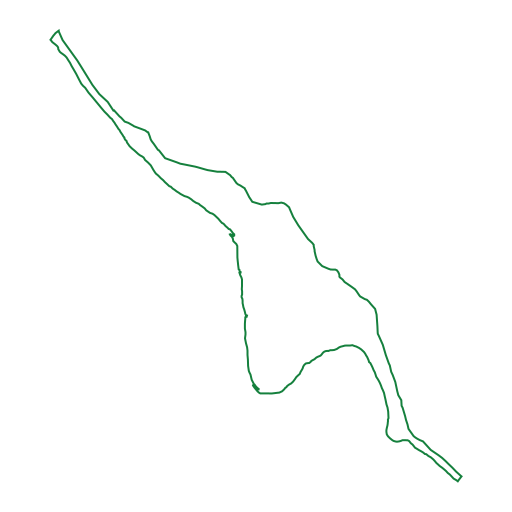 outline of Dar al-Salam, Suhaj, Egypt
{"feature_id": "37247803B4319107870519", "entity_name": "Dar al-Salam", "entity_type": "district", "adm_level": 2, "iso_a3": "EGY", "parent_name": "Egypt", "parent_adm1": "Suhaj", "projection": "equal_earth", "projection_center": [32.033, 26.274], "detail": "fine", "context": "isolated", "style": "outline", "palette": "green", "viewbox_px": 512, "rotation_deg": 0, "n_neighbors": 0, "source": "geoboundaries", "source_scale": "gbopen_adm2", "svg_char_len": 5694}
<svg xmlns="http://www.w3.org/2000/svg" viewBox="0 0 512 512"><path d="M50.5,39.8L50.8,40.1L52.3,42.1L53.7,43.2L55.5,44.6L57.2,46.1L58.1,47.4L58.3,49.2L59.8,51.8L61.2,53.0L62.8,54.1L64.9,55.7L66.6,57.5L68.4,60.4L70.0,62.8L71.6,66.0L73.5,69.2L76.2,73.9L79.0,79.4L81.2,83.6L83.0,85.8L85.2,87.8L88.5,92.6L92.8,97.6L95.6,101.0L101.2,107.8L104.5,111.7L107.6,114.8L110.2,117.7L112.0,119.1L113.2,121.0L114.5,122.7L115.5,124.4L116.9,126.4L118.5,129.0L119.5,130.0L120.4,131.8L122.6,135.0L123.5,136.6L124.4,137.5L124.4,138.3L124.9,139.2L125.5,140.1L125.9,140.4L126.4,140.7L126.7,141.5L127.0,142.5L128.5,144.6L129.6,146.2L132.1,148.6L134.3,150.4L136.4,152.3L138.0,153.8L139.8,155.2L142.2,156.5L143.7,157.6L145.1,160.0L148.1,162.6L150.8,165.4L153.5,170.1L155.2,172.7L156.2,173.9L157.5,174.9L158.9,176.2L160.8,178.2L163.2,180.2L164.9,182.1L167.0,184.0L169.3,186.2L170.8,186.7L172.7,188.6L174.7,189.9L176.6,191.4L178.9,192.8L180.4,193.9L184.5,196.1L186.9,196.8L188.7,197.6L191.4,199.4L193.1,200.9L195.9,202.7L198.7,203.8L199.4,204.4L200.2,205.2L201.2,205.8L203.1,207.2L204.7,208.4L206.2,210.3L208.4,211.8L210.0,212.9L212.5,213.7L214.4,215.0L216.3,216.8L218.3,218.7L220.2,221.0L221.9,222.9L223.1,223.5L223.9,224.1L225.5,226.0L227.7,227.9L228.6,228.9L230.1,229.4L230.8,230.3L231.9,231.7L232.9,233.1L234.2,234.3L234.2,235.6L233.4,236.1L233.0,235.1L231.5,234.8L230.4,234.2L229.9,234.4L230.5,235.5L231.9,236.8L232.8,238.5L233.3,241.1L234.5,242.3L236.3,244.0L237.3,246.0L237.4,257.5L237.7,260.9L237.9,262.7L238.1,264.7L238.4,267.1L238.7,269.4L239.4,269.8L239.7,271.6L240.6,272.0L240.6,272.6L239.5,272.9L240.3,275.3L241.4,277.4L242.0,279.5L242.0,286.1L241.8,289.2L242.1,291.3L242.1,294.6L241.6,295.9L241.6,297.2L242.4,298.9L242.6,300.8L242.6,303.2L243.0,305.0L243.4,307.2L244.2,309.4L245.0,312.3L245.3,313.8L245.9,315.2L246.2,315.2L247.0,315.5L246.6,316.8L245.7,316.7L245.3,317.3L245.3,318.4L245.0,322.1L244.9,323.7L244.9,328.6L245.5,332.1L245.5,334.5L245.0,338.3L246.0,343.3L247.1,347.3L247.5,350.7L247.5,355.0L247.9,359.6L248.1,365.9L248.8,370.8L249.4,372.4L250.5,374.6L251.7,379.8L253.2,382.7L253.9,384.1L254.7,384.7L255.0,385.4L256.5,387.1L257.3,387.9L258.7,389.0L258.6,389.4L257.8,389.3L257.4,388.9L256.6,388.8L255.7,387.8L255.0,387.1L254.7,386.1L253.9,385.2L253.2,385.1L253.0,385.5L253.7,386.5L254.6,387.8L257.6,391.4L258.4,392.1L259.2,392.8L260.3,393.4L262.5,393.4L265.8,393.4L267.9,393.4L271.6,393.5L274.9,393.1L277.4,392.8L279.3,392.6L282.1,391.3L284.2,389.3L285.4,387.7L286.3,387.3L287.0,386.2L288.1,385.3L289.2,384.5L291.1,383.5L293.1,381.6L294.9,379.2L296.3,377.1L298.4,375.1L299.7,374.0L300.7,371.7L301.7,370.1L302.6,368.5L303.2,366.6L304.1,365.1L305.1,364.1L306.0,363.4L307.9,363.1L309.2,363.0L310.5,362.0L311.4,360.9L312.8,360.1L314.5,359.2L315.6,358.2L316.4,357.5L318.2,356.6L319.8,356.0L320.8,355.4L321.7,354.4L322.5,353.3L323.3,352.4L324.4,351.6L325.7,351.1L327.2,350.9L328.3,351.0L330.3,350.2L331.9,350.2L334.1,350.0L336.8,349.0L339.1,347.4L340.7,346.7L343.1,346.1L344.9,345.6L347.1,345.5L350.3,345.5L352.4,345.2L354.4,346.0L356.2,346.5L359.0,347.9L361.2,349.4L362.5,350.6L364.0,352.0L365.2,353.7L366.1,355.4L367.2,357.1L368.6,360.3L369.1,362.1L370.3,363.0L371.4,365.1L372.5,367.4L373.6,370.1L374.8,372.3L375.6,374.7L376.2,376.7L377.9,379.3L379.0,381.2L380.0,383.2L381.0,385.6L381.9,388.2L382.8,390.0L384.0,392.9L384.8,396.6L385.5,399.6L386.5,404.5L387.5,407.5L388.2,411.7L388.5,418.1L387.9,419.7L388.0,421.1L387.8,422.4L387.7,423.8L387.4,425.7L386.9,427.6L386.4,430.1L386.4,431.9L386.8,434.4L388.0,436.3L390.0,438.3L392.1,440.0L393.5,440.9L395.2,441.4L396.1,441.6L397.0,441.7L399.1,441.4L400.9,440.9L402.5,440.2L405.0,440.2L407.7,440.3L409.2,441.1L410.9,443.3L412.5,444.5L414.1,446.5L415.0,447.7L416.6,448.6L418.8,450.0L421.2,451.3L423.3,452.6L424.9,454.0L426.3,454.2L428.4,456.0L430.8,457.3L433.4,459.5L435.1,461.4L436.3,462.9L438.1,464.5L439.7,466.0L442.1,467.7L443.7,469.0L446.0,471.0L447.8,473.0L449.8,474.5L451.5,476.3L453.6,478.6L456.4,480.2L457.8,481.3L458.7,480.0L459.4,479.1L461.5,476.4L461.1,476.1L456.1,471.6L452.4,467.7L448.3,463.8L445.7,461.2L442.1,457.9L438.5,455.2L430.7,449.9L423.0,441.4L419.8,440.1L417.2,438.7L415.2,437.4L413.6,436.1L408.5,428.9L407.5,424.4L406.0,419.9L405.1,416.1L402.6,407.7L401.6,405.8L401.3,400.2L398.3,395.2L397.3,391.4L395.3,382.0L392.7,375.0L391.2,371.8L389.8,365.4L388.8,363.4L385.8,355.0L382.8,344.8L378.8,335.8L377.8,333.8L377.7,332.6L377.4,326.2L376.6,314.7L375.1,308.9L371.0,304.3L368.9,301.7L366.9,299.8L366.3,299.6L364.8,299.1L360.1,296.4L359.1,295.1L356.5,291.2L355.0,289.3L351.3,286.6L344.6,282.0L342.5,279.4L339.9,277.4L339.4,276.7L339.4,274.8L338.4,272.3L337.4,271.0L336.9,270.3L335.3,269.6L332.7,269.6L331.2,269.5L330.6,269.5L328.5,268.8L323.8,266.8L322.2,266.1L317.6,261.5L316.6,258.9L315.6,255.7L314.6,251.2L314.6,250.0L313.7,246.1L313.7,244.8L312.2,242.9L308.0,239.0L298.3,225.3L293.2,216.9L289.6,208.6L289.1,207.3L286.0,204.6L284.0,203.3L281.3,202.6L278.2,203.2L276.5,203.1L276.0,203.1L270.8,203.0L268.7,203.5L266.5,203.5L265.5,204.1L261.8,204.6L252.3,201.8L249.8,198.0L249.3,197.3L245.7,190.2L245.2,189.6L244.7,188.3L242.6,187.0L240.5,185.6L237.9,184.3L236.4,183.0L232.8,177.8L231.7,177.1L230.2,175.2L225.5,171.9L222.9,171.8L217.1,171.7L207.6,170.1L205.0,169.4L197.7,167.3L195.0,166.6L184.0,164.4L180.3,163.7L176.7,162.3L165.1,158.2L159.0,150.4L157.9,149.8L153.8,143.9L151.8,141.3L150.7,139.4L149.7,136.2L148.2,132.3L147.7,132.3L145.1,130.4L141.4,129.0L134.1,126.3L133.1,125.6L128.4,122.9L124.7,121.6L121.1,117.7L119.5,116.4L114.0,110.3L113.4,110.6L107.7,101.9L99.4,94.2L92.4,84.9L81.4,67.1L77.2,60.4L62.6,40.1L59.0,32.0L58.8,31.5L58.7,30.7L55.4,33.2L54.5,34.4L53.5,35.5L50.5,39.8Z" fill="none" stroke="#15803d" stroke-width="2"/></svg>